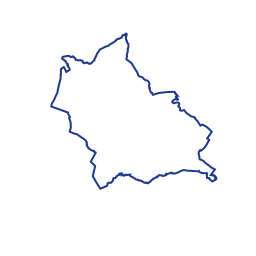 Tepetitlán, Hidalgo, Mexico, rotated 319°
{"feature_id": "50627088B38854770876072", "entity_name": "Tepetitlán", "entity_type": "district", "adm_level": 2, "iso_a3": "MEX", "parent_name": "Mexico", "parent_adm1": "Hidalgo", "projection": "natural_earth1", "projection_center": [-99.392, 20.189], "detail": "fine", "context": "isolated", "style": "outline", "palette": "blue", "viewbox_px": 256, "rotation_deg": 319, "n_neighbors": 0, "source": "geoboundaries", "source_scale": "gbopen_adm2", "svg_char_len": 5753}
<svg xmlns="http://www.w3.org/2000/svg" viewBox="0 0 256 256"><g transform="rotate(319 128 128)"><path d="M188.7,55.8L188.0,55.3L187.5,55.3L187.0,55.4L186.5,55.7L186.3,55.7L185.8,55.1L185.3,55.0L184.9,54.5L184.6,54.6L184.1,54.8L183.8,54.8L183.4,55.1L182.7,55.3L182.5,55.6L181.3,55.1L180.3,55.0L180.1,54.7L179.5,54.7L178.9,54.1L178.5,53.9L177.5,54.0L177.1,53.8L176.4,54.2L176.0,53.9L175.4,53.9L174.9,54.1L174.4,54.1L169.8,53.2L169.2,53.0L167.1,53.1L164.8,52.0L158.5,50.4L157.7,50.5L156.8,50.7L156.0,51.1L154.3,51.3L153.5,51.6L150.5,53.1L149.5,53.2L149.0,53.8L148.1,54.0L147.6,54.2L147.1,54.9L145.6,54.7L142.9,55.1L142.3,55.0L142.0,54.7L141.5,54.7L140.8,53.8L140.8,53.3L140.7,53.2L140.4,53.2L140.1,51.7L139.5,51.6L138.6,50.7L137.8,50.7L137.5,50.5L137.3,50.2L137.0,48.7L137.5,48.3L137.7,47.9L137.7,47.3L137.5,46.9L137.1,46.6L136.5,45.5L136.2,45.5L135.2,44.5L134.5,44.0L134.3,43.3L134.0,42.8L133.2,42.2L133.9,40.3L133.5,39.4L133.5,38.9L133.7,38.7L133.4,37.7L132.9,37.5L132.7,37.6L132.4,37.6L131.2,36.8L131.0,35.3L130.9,35.1L129.5,33.8L125.4,31.5L124.0,32.3L123.7,32.6L123.7,32.8L124.0,33.4L124.3,34.4L124.3,35.6L124.6,35.7L124.8,36.0L124.9,36.3L124.9,36.6L124.4,37.3L124.3,37.9L124.4,38.2L124.1,38.8L124.0,39.3L124.0,39.7L124.5,40.2L124.4,40.6L124.1,41.3L123.8,41.4L123.7,41.2L123.1,41.3L123.0,42.5L123.1,43.4L122.9,44.7L122.7,45.1L121.9,45.9L120.7,45.6L118.2,45.2L119.1,42.2L119.5,39.9L116.2,39.5L115.2,40.4L113.4,42.6L112.0,43.8L109.9,46.1L107.6,47.8L104.8,49.7L97.8,55.0L91.1,58.0L90.2,58.6L86.7,59.5L85.4,60.4L84.9,61.0L84.2,61.5L92.9,77.0L92.6,77.3L92.1,78.1L91.7,80.3L91.4,81.6L91.2,81.8L90.2,81.8L89.9,82.1L89.3,84.0L88.2,86.4L84.9,90.4L82.8,91.6L82.0,92.1L81.7,92.5L81.7,92.8L83.9,97.2L85.5,99.3L85.7,101.1L86.4,103.0L86.5,103.9L87.5,107.2L87.9,109.5L87.6,111.5L87.1,111.6L87.0,112.1L86.4,113.5L86.2,113.7L85.7,113.7L85.7,114.2L85.6,114.4L85.2,114.8L85.3,115.4L84.9,117.1L85.2,117.5L85.1,118.4L85.4,119.1L85.5,120.1L85.8,120.9L86.9,122.6L87.4,123.1L86.9,123.9L86.9,124.2L87.2,124.6L87.5,125.3L87.3,125.5L77.8,129.0L78.2,135.2L69.8,141.2L68.6,147.2L67.3,155.6L68.8,156.2L74.4,157.9L75.5,157.2L76.0,156.5L76.4,156.4L77.4,156.5L77.9,157.2L78.8,157.7L79.0,158.1L79.7,158.3L80.2,158.0L82.4,157.8L82.7,157.6L83.4,156.6L83.8,156.4L84.5,156.5L85.2,157.3L85.7,157.5L87.2,157.1L87.4,156.9L88.0,157.1L89.5,157.1L91.2,157.9L91.5,156.9L93.5,158.0L92.2,159.6L94.1,160.6L93.8,161.5L96.0,161.9L96.2,162.6L96.4,162.6L96.7,162.8L96.7,163.1L98.0,163.9L99.2,164.6L98.2,165.6L98.7,167.0L99.2,167.8L99.2,168.4L99.5,169.2L99.6,169.8L99.8,170.2L99.9,170.6L100.2,170.9L100.1,171.7L100.7,172.7L101.5,173.3L101.6,173.6L101.5,173.9L101.9,175.0L102.8,175.5L103.3,176.4L103.3,176.9L103.4,177.2L103.6,177.3L103.8,177.4L103.8,177.9L104.1,178.3L104.2,179.2L104.3,179.8L104.7,180.3L105.1,180.3L105.4,181.2L106.3,181.5L106.3,182.2L106.5,182.6L107.0,182.9L107.4,182.7L108.0,182.8L109.4,183.2L110.2,182.9L110.4,183.0L110.9,182.7L111.8,182.9L112.5,182.9L112.8,183.1L113.3,182.8L114.2,182.9L114.5,183.0L114.7,183.3L117.0,183.6L117.5,184.3L118.5,183.7L118.9,184.0L119.3,184.2L120.0,183.9L120.4,183.9L120.8,184.1L121.1,184.6L121.9,185.3L122.2,186.1L122.5,186.2L122.8,187.0L123.8,187.7L124.7,187.8L125.3,188.4L126.0,188.6L126.5,188.1L126.6,187.6L127.0,187.7L127.0,188.4L129.5,189.3L131.7,190.3L131.5,191.4L131.7,191.5L132.0,191.4L132.2,191.5L132.6,192.0L132.8,192.7L132.9,192.8L135.8,194.1L138.2,194.8L140.1,195.2L142.7,196.5L144.6,198.9L152.5,206.7L152.9,207.4L153.3,207.3L153.1,208.1L153.9,209.7L154.0,209.8L154.1,210.4L154.3,210.5L157.9,214.0L157.4,214.4L154.9,217.5L156.4,219.1L156.0,219.5L156.1,219.9L156.5,223.7L157.2,223.9L158.6,223.9L159.7,224.4L160.3,224.4L161.0,224.5L161.6,224.1L161.8,223.6L161.4,223.2L161.7,223.1L161.4,222.7L161.8,222.4L161.5,222.1L161.4,221.6L162.0,221.3L161.6,220.4L161.9,220.2L161.6,219.7L161.3,219.9L159.6,217.8L166.4,216.3L165.3,213.3L164.8,211.7L164.7,210.9L164.7,210.0L164.3,208.7L163.6,205.9L163.3,202.2L162.6,200.5L162.1,199.5L161.7,199.0L161.7,198.3L163.6,195.6L164.1,194.2L164.5,193.6L166.1,192.4L167.7,192.0L168.0,192.0L168.1,192.3L168.2,193.0L172.8,193.1L176.9,191.9L181.5,190.3L181.0,187.8L188.7,185.9L188.5,181.5L188.0,178.7L187.1,175.8L186.4,174.2L184.2,173.7L185.0,168.3L184.8,164.5L185.2,164.2L185.0,163.9L185.2,163.6L185.1,163.4L183.1,160.2L182.9,158.8L181.9,154.9L182.1,151.2L180.0,150.4L178.9,148.8L179.1,148.4L179.9,147.7L180.4,147.1L180.5,146.4L180.1,145.3L180.1,145.0L180.3,144.6L180.7,144.2L182.1,143.8L182.5,143.5L182.7,143.0L182.8,142.6L182.6,141.9L182.1,141.2L181.3,140.6L179.4,139.6L178.9,139.5L178.7,139.2L178.5,138.4L178.5,137.5L178.6,137.2L178.9,136.9L179.8,136.8L182.1,137.0L182.8,137.3L183.1,137.5L183.7,139.0L183.9,139.2L184.3,139.2L184.5,139.1L184.7,138.5L184.8,138.0L184.5,136.9L184.5,136.0L184.6,135.8L184.9,135.6L185.2,135.6L186.6,136.4L186.6,135.8L186.3,135.3L186.6,134.2L186.5,133.7L186.5,133.3L186.2,133.1L186.3,132.6L186.8,132.1L186.8,131.1L180.5,126.1L174.2,121.8L168.6,119.3L168.8,118.3L169.2,117.7L169.2,117.2L168.8,116.8L168.6,116.6L168.6,116.1L169.3,114.4L169.4,113.4L170.2,112.8L170.1,112.1L170.2,111.8L170.3,111.7L170.8,111.7L171.2,110.3L171.7,110.0L171.9,109.5L172.6,109.3L172.9,108.8L173.3,108.6L174.0,106.4L173.7,104.8L172.6,103.5L172.1,101.7L172.2,99.9L172.1,99.2L170.6,96.7L170.3,95.9L170.3,94.9L170.9,93.6L170.9,93.1L171.0,92.9L171.3,92.6L171.6,92.2L171.6,90.8L173.2,81.4L171.9,75.2L172.7,74.3L174.0,73.6L174.5,73.0L175.1,71.9L178.0,70.1L179.5,68.6L179.5,68.2L179.8,67.9L180.5,67.8L180.9,67.5L181.8,66.8L182.9,65.4L183.4,64.9L183.5,64.2L183.4,63.0L184.3,61.4L184.2,61.0L184.4,60.8L184.3,60.3L184.4,60.1L184.8,59.8L185.1,59.3L185.7,58.6L185.6,58.3L185.8,58.1L186.6,57.8L186.8,57.5L187.2,57.4L187.8,56.8L188.1,56.8L188.2,56.3L188.7,55.9L188.7,55.8Z" fill="none" stroke="#1e3a8a" stroke-width="2"/></g></svg>